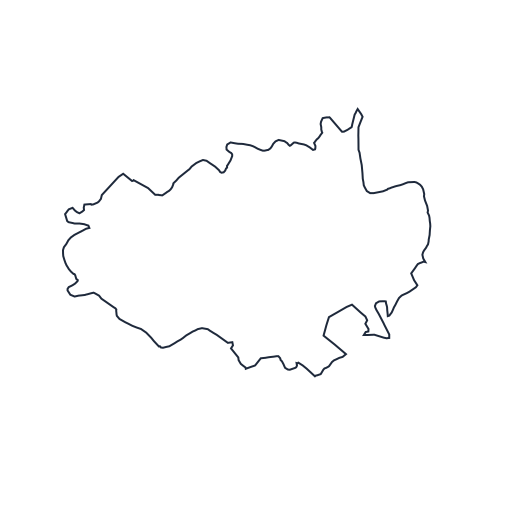 Itay Al-Barud, Al Buhayrah, Egypt, rotated 327°
{"feature_id": "37247803B96571076642873", "entity_name": "Itay Al-Barud", "entity_type": "district", "adm_level": 2, "iso_a3": "EGY", "parent_name": "Egypt", "parent_adm1": "Al Buhayrah", "projection": "orthographic", "projection_center": [30.664, 30.886], "detail": "fine", "context": "isolated", "style": "outline", "palette": "slate", "viewbox_px": 512, "rotation_deg": 327, "n_neighbors": 0, "source": "geoboundaries", "source_scale": "gbopen_adm2", "svg_char_len": 6078}
<svg xmlns="http://www.w3.org/2000/svg" viewBox="0 0 512 512"><g transform="rotate(327 256 256)"><path d="M195.7,347.3L204.3,344.4L205.7,345.1L208.6,346.6L209.4,346.9L211.7,347.9L212.1,348.1L214.5,349.3L216.1,350.1L218.6,351.2L220.2,352.2L220.6,354.9L220.0,356.6L220.2,357.5L220.4,358.5L220.1,361.9L220.0,362.4L219.7,364.1L219.5,365.7L220.9,368.6L222.4,369.8L226.0,370.7L228.0,371.2L229.1,371.2L230.3,370.5L230.7,370.2L231.3,368.8L231.7,367.9L232.3,368.6L233.4,368.5L235.6,373.3L235.9,374.3L237.1,378.0L239.9,389.0L241.3,388.9L242.0,389.3L245.9,390.3L246.8,389.9L247.6,389.5L250.6,388.0L252.2,387.6L253.8,388.0L255.9,388.2L257.2,388.2L260.5,386.9L262.0,386.3L264.6,386.0L267.1,386.4L270.4,386.8L273.7,387.8L278.0,387.3L273.8,373.2L269.3,359.6L270.6,358.4L273.2,356.1L277.1,352.6L279.0,351.0L283.9,347.0L289.5,347.3L292.8,347.5L304.3,348.1L310.0,349.1L311.7,355.5L312.9,360.1L313.4,361.8L314.2,364.4L314.8,366.3L314.2,370.5L310.8,372.4L310.7,375.5L310.6,378.5L309.1,380.5L306.6,379.5L303.4,381.0L307.5,383.6L312.3,386.4L318.2,393.5L318.6,394.0L320.8,396.2L321.3,396.4L322.2,396.8L323.1,397.3L325.0,394.4L326.1,383.9L326.4,381.8L327.4,371.4L327.6,366.9L327.9,364.7L328.1,363.8L328.5,362.7L330.9,361.0L332.9,361.1L334.1,361.1L335.0,361.4L336.0,362.0L337.5,362.9L338.6,363.6L339.2,364.0L340.1,364.8L339.2,366.7L339.1,367.1L338.5,369.1L338.0,370.4L336.5,373.0L335.1,375.8L333.8,378.2L335.3,378.6L339.0,377.3L341.7,375.6L343.7,374.2L344.1,374.0L345.5,373.3L346.8,372.6L348.1,371.8L350.0,370.7L352.5,369.4L353.1,369.1L356.4,368.5L356.9,368.5L358.5,368.7L362.5,369.3L365.4,369.5L369.2,369.4L373.1,369.3L375.4,368.4L375.4,362.4L376.7,355.1L382.7,352.8L385.0,351.8L386.8,351.1L387.3,350.9L389.7,351.2L390.1,351.3L391.2,351.6L393.5,352.0L394.7,353.3L394.9,349.2L396.2,345.6L398.1,343.9L399.9,342.9L403.1,341.7L405.2,340.5L406.5,340.0L408.7,337.8L409.8,336.3L413.0,333.0L415.9,329.1L418.4,326.0L419.7,323.7L420.8,321.3L422.3,318.5L423.2,316.3L423.6,313.0L425.0,311.6L426.8,307.2L427.6,303.3L428.0,301.4L428.7,299.4L429.4,297.4L430.8,295.7L432.5,291.1L432.8,288.1L432.4,285.6L431.5,283.5L430.6,281.7L429.2,280.2L426.9,278.9L423.7,277.0L422.1,276.6L420.7,276.3L418.5,275.9L415.7,275.2L411.9,273.8L409.9,273.2L409.0,273.0L406.9,272.4L405.1,272.1L403.2,271.5L402.3,271.8L397.7,270.9L389.0,267.4L386.0,265.5L384.3,261.9L384.6,257.6L384.9,255.4L386.3,252.6L387.6,249.4L390.4,244.5L394.2,237.3L396.7,231.0L399.1,225.8L399.8,222.8L403.5,217.0L405.6,213.7L407.5,210.6L409.0,208.4L412.1,203.8L416.8,200.4L421.2,197.3L421.5,194.4L421.3,188.1L418.5,189.6L417.5,190.3L415.8,191.1L408.2,198.2L407.7,198.8L406.4,200.0L401.3,200.0L397.4,199.6L395.8,198.6L395.5,196.5L393.3,180.2L393.1,179.6L392.4,179.3L390.7,178.2L387.6,176.9L387.0,176.7L383.7,178.8L382.1,180.5L380.9,183.5L379.5,185.7L379.3,186.6L378.9,187.5L378.7,188.7L376.1,189.6L374.6,190.3L374.1,190.5L372.3,191.1L370.5,191.3L369.3,191.7L368.7,191.9L366.7,192.7L366.3,192.8L365.8,196.0L365.5,196.5L364.5,197.9L363.6,198.7L361.6,198.1L360.2,194.1L359.3,192.3L358.5,190.6L356.9,188.5L354.6,186.3L353.8,185.5L353.3,185.1L351.9,183.3L350.5,182.0L349.4,181.5L345.4,182.1L344.4,182.0L343.9,180.5L343.7,178.3L343.1,177.0L342.4,175.2L339.3,172.1L338.2,171.0L334.8,170.5L331.6,171.3L329.6,172.4L328.5,172.9L328.1,173.1L326.5,173.6L324.0,173.7L323.2,173.3L321.0,172.5L320.5,172.3L319.0,171.3L317.4,169.2L315.8,166.9L314.3,164.0L313.2,162.2L311.4,159.9L309.1,157.8L306.3,155.1L305.1,154.2L302.1,152.1L300.3,150.5L299.2,149.5L296.5,146.9L295.1,146.9L292.6,146.8L290.5,148.5L290.1,149.3L289.3,150.7L290.2,153.9L290.8,155.2L291.3,156.1L291.4,157.7L290.5,159.2L286.9,161.8L286.2,162.2L283.8,163.3L282.2,164.1L280.8,164.6L279.9,166.1L278.5,166.3L276.7,167.6L274.4,168.2L273.3,167.7L272.6,167.5L271.7,166.1L271.7,163.9L270.4,158.8L268.7,154.8L268.1,153.5L266.4,149.2L263.8,146.6L260.6,146.0L256.6,145.5L252.2,145.8L250.7,145.9L249.2,146.4L247.9,146.8L247.2,147.0L246.3,147.0L235.4,148.1L233.7,148.3L230.3,149.3L227.5,149.8L227.0,149.9L226.2,150.1L225.7,150.8L224.6,151.6L223.0,152.7L220.7,153.6L218.5,154.0L216.1,153.9L215.3,154.0L211.2,154.1L210.4,154.1L209.2,153.1L207.8,152.0L207.6,151.6L204.8,149.8L202.5,140.3L194.7,125.8L194.2,126.0L192.9,125.6L189.4,114.7L183.8,114.8L159.9,120.9L157.8,122.9L157.1,123.6L155.4,124.2L154.0,124.7L152.2,124.9L147.6,124.1L145.9,123.3L145.8,122.5L140.1,119.4L138.4,121.1L137.9,121.6L136.8,123.8L134.6,124.1L133.7,124.1L131.2,124.0L129.8,121.8L129.6,121.3L129.2,120.1L128.9,119.2L128.4,115.7L124.4,114.9L122.0,115.7L121.1,116.1L118.7,116.9L116.7,123.8L117.2,125.5L118.0,126.3L119.1,127.4L120.4,128.7L120.9,129.3L121.6,130.0L123.8,131.4L125.8,132.7L126.4,133.3L127.0,133.8L127.7,134.4L128.7,135.3L129.1,135.6L130.9,137.9L132.0,139.2L131.5,141.7L131.0,141.5L128.3,140.6L125.7,140.4L125.2,140.4L124.4,140.3L117.4,139.6L115.0,139.4L113.4,139.5L110.9,139.6L107.2,140.6L105.2,141.7L103.3,142.7L101.6,143.3L99.7,144.0L97.3,146.0L95.5,148.9L94.3,151.1L93.7,153.1L93.1,155.2L92.7,156.9L92.4,158.0L92.3,158.9L92.0,160.7L92.0,161.2L92.0,162.7L91.9,165.0L92.3,168.3L92.7,169.8L93.2,171.7L93.9,172.3L93.9,173.7L92.8,177.3L93.1,178.2L93.4,179.2L92.6,179.9L89.2,180.6L87.4,180.6L86.6,180.6L85.1,180.5L82.0,180.1L80.0,181.0L79.2,182.3L79.2,187.4L81.8,191.2L84.2,192.1L85.8,192.7L87.5,193.6L91.3,195.5L92.8,195.9L93.5,196.2L95.4,196.8L97.3,197.4L99.8,198.3L100.7,199.8L102.8,203.8L103.1,207.6L104.0,209.8L104.7,211.5L108.7,221.4L109.6,223.3L109.7,224.8L108.9,225.8L108.0,227.6L107.2,229.1L106.7,230.4L107.2,234.4L110.3,240.4L111.7,242.7L112.1,243.4L114.2,247.1L116.9,250.9L119.8,254.6L122.2,260.5L123.6,267.6L124.0,271.6L125.3,279.0L126.2,279.3L126.4,280.9L128.0,282.3L131.0,283.3L131.8,283.6L134.1,284.5L140.2,284.8L142.8,284.8L143.6,284.8L147.2,285.1L150.5,285.0L151.1,284.9L154.4,284.6L158.2,284.8L161.8,284.9L164.6,285.4L167.3,285.6L171.4,287.1L175.7,291.1L176.3,292.6L176.7,293.7L177.4,295.1L178.3,297.1L180.1,300.7L185.1,313.5L189.2,315.4L188.0,318.4L184.7,319.9L185.9,331.4L184.7,333.9L184.5,338.2L185.5,341.2L186.5,343.9L186.0,345.0L191.2,346.2L192.8,346.6L194.2,347.0L195.7,347.3Z" fill="none" stroke="#1e293b" stroke-width="2"/></g></svg>